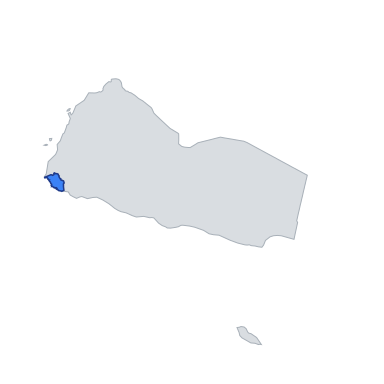 Al Madaribah Wa Al Aarah, Lahij, Yemen (highlighted), rotated 38°
{"feature_id": "15242507B42929104515356", "entity_name": "Al Madaribah Wa Al Aarah", "entity_type": "district", "adm_level": 2, "iso_a3": "YEM", "parent_name": "Yemen", "parent_adm1": "Lahij", "projection": "albers", "projection_center": [43.959, 12.857], "detail": "fine", "context": "in_parent", "style": "filled", "palette": "blue", "viewbox_px": 384, "rotation_deg": 38, "n_neighbors": 0, "source": "geoboundaries", "source_scale": "gbopen_adm2", "svg_char_len": 5187}
<svg xmlns="http://www.w3.org/2000/svg" viewBox="0 0 384 384"><g transform="rotate(38 192 192)"><path d="M301.5,166.5L289.3,171.5L286.1,173.6L283.2,176.2L281.1,179.3L279.7,184.9L281.1,189.8L281.1,192.5L277.9,194.4L275.0,195.7L271.7,197.8L269.7,198.3L268.1,199.9L266.2,201.1L259.4,204.1L251.9,206.5L239.9,209.4L235.3,212.4L231.2,214.4L224.7,215.1L216.0,218.0L211.1,220.3L205.1,223.9L203.8,225.1L202.7,227.7L200.9,229.9L197.3,233.7L194.6,235.6L192.7,235.7L189.2,236.8L184.9,237.1L177.8,235.9L176.0,236.9L174.5,238.3L169.0,240.9L163.5,246.0L159.5,247.4L152.9,249.0L148.2,251.2L145.1,252.0L141.1,252.5L133.7,252.4L126.7,253.2L120.2,254.7L117.2,257.4L113.7,261.6L108.0,263.4L106.7,264.9L104.9,268.1L101.2,268.9L97.9,269.4L94.4,268.1L88.0,271.9L85.6,272.5L81.9,272.6L79.2,273.4L77.3,273.2L75.0,271.7L70.0,269.9L66.3,271.1L66.0,267.5L60.0,256.6L61.3,247.1L61.3,245.8L60.1,241.5L56.5,237.6L56.7,232.7L55.5,229.2L54.5,225.6L54.9,224.6L54.9,223.7L53.1,218.2L52.5,217.0L52.3,215.9L52.9,215.0L52.9,214.0L51.9,212.2L50.9,209.0L46.0,206.4L47.0,204.1L48.0,204.9L49.3,205.6L49.5,204.1L49.5,202.9L47.5,195.7L50.6,186.1L49.6,177.4L54.2,174.0L55.4,172.9L56.1,172.0L57.2,170.0L58.6,169.4L59.2,167.3L59.1,166.3L58.2,165.4L57.5,163.0L57.7,159.9L58.0,158.6L58.5,156.3L60.1,155.4L60.4,154.7L59.2,153.2L59.3,152.4L62.0,149.9L63.1,149.2L64.9,148.4L66.2,148.4L67.8,148.8L69.2,149.5L70.6,150.8L72.1,152.2L74.3,152.8L75.8,152.6L77.0,153.3L78.1,152.9L79.3,152.2L81.2,152.2L82.9,151.4L87.7,151.0L92.4,151.2L97.3,150.5L102.2,150.6L107.1,150.6L108.2,150.7L109.3,151.1L113.4,153.3L116.6,153.7L122.9,154.3L129.6,154.9L135.5,155.4L140.5,154.8L144.6,154.3L145.7,154.4L146.9,155.8L149.5,159.1L151.8,162.3L155.9,162.4L158.6,161.2L161.4,159.4L163.2,158.1L165.2,152.9L166.4,149.5L169.4,145.7L171.9,142.5L175.2,138.3L177.0,135.9L180.6,131.3L184.1,129.5L190.7,125.9L197.3,122.4L201.5,120.1L205.2,119.1L211.3,118.1L218.5,116.9L225.7,115.7L233.3,114.4L241.9,113.0L247.7,112.0L255.1,110.8L261.3,109.7L266.8,108.8L272.5,107.8L273.7,110.3L274.8,112.8L276.0,115.3L277.1,117.8L278.3,120.3L279.4,122.8L280.6,125.3L281.8,127.8L282.9,130.3L284.1,132.8L285.2,135.3L286.4,137.8L287.6,140.3L288.7,142.8L289.9,145.3L291.1,147.8L292.2,150.2L294.0,151.0L295.1,153.3L296.7,156.6L298.3,159.9L299.9,163.2L301.5,166.5ZM322.0,268.0L323.5,268.3L325.8,267.3L332.5,266.9L340.6,269.5L339.1,270.3L338.3,271.3L334.8,272.4L331.3,274.7L321.2,276.2L318.1,275.7L315.6,273.7L310.9,271.1L312.7,269.3L313.0,268.5L313.7,267.7L316.2,266.3L318.8,266.4L322.0,268.0ZM49.1,238.6L48.7,239.1L48.3,239.0L46.8,237.7L48.5,236.1L49.3,237.6L49.1,238.6ZM44.4,204.6L43.6,205.2L43.4,204.2L43.9,202.0L44.7,201.3L45.2,203.0L44.9,203.9L44.4,204.6ZM48.3,245.4L46.6,246.2L47.7,244.2L48.9,243.7L49.2,243.8L48.3,245.4Z" fill="#d9dde1" stroke="#a8b0b8" stroke-width="1"/><path d="M67.1,271.4L67.2,271.5L67.3,271.5L67.6,271.2L67.8,270.9L67.9,270.7L68.1,270.5L68.3,270.3L68.5,270.1L68.8,269.9L69.0,269.8L69.3,269.9L69.4,270.0L69.5,270.0L69.8,270.1L70.0,270.2L70.0,270.3L70.0,270.2L70.3,270.2L70.3,270.3L70.5,270.4L70.8,270.4L71.1,270.4L71.1,270.5L71.3,270.4L71.4,270.5L71.5,270.6L71.8,270.7L72.0,270.8L72.1,270.7L72.1,270.8L72.3,270.8L72.5,270.9L72.8,271.0L73.0,271.2L73.1,271.3L73.2,271.2L73.3,271.2L73.4,271.3L73.6,271.3L73.8,271.3L74.0,271.3L74.2,271.5L74.4,271.5L74.5,271.6L74.8,271.7L74.9,271.8L75.0,271.9L75.1,272.0L75.3,272.1L75.5,272.1L75.8,272.2L76.1,272.2L76.1,272.3L76.3,272.4L76.5,272.4L76.6,272.5L76.8,272.5L77.0,272.8L77.0,273.0L77.0,273.3L77.0,273.5L77.3,273.6L77.5,273.7L77.7,273.8L77.8,273.8L78.0,273.7L78.1,273.8L78.3,273.7L78.3,273.8L78.4,273.7L78.6,273.6L78.8,273.5L79.0,273.6L79.3,273.6L79.5,273.5L79.8,273.5L80.0,273.5L80.3,273.5L80.5,273.4L80.8,273.3L80.8,273.2L81.0,273.2L81.3,273.1L81.5,273.0L81.6,272.9L81.6,273.0L81.7,272.9L81.8,272.9L81.9,272.7L82.0,272.7L82.3,272.5L82.3,272.4L82.5,272.4L82.8,272.3L82.8,272.2L83.0,272.2L83.0,272.3L83.3,272.4L83.5,272.4L83.7,272.6L83.8,272.6L83.8,272.8L83.8,273.0L83.7,273.1L83.4,273.2L83.1,273.1L82.9,273.0L82.7,273.0L82.6,272.8L82.4,272.8L82.4,272.7L82.2,272.7L82.2,272.8L82.3,272.8L82.5,272.9L82.6,273.0L82.8,273.1L83.0,273.1L83.3,273.2L83.5,273.2L83.8,273.2L84.0,273.1L84.2,272.9L84.3,272.9L84.5,272.8L84.8,272.8L85.0,272.8L85.3,273.0L85.5,273.0L85.6,272.9L85.9,272.9L86.0,272.9L86.3,272.9L86.5,272.7L86.8,272.6L87.0,272.5L87.2,272.4L87.3,272.3L87.7,272.1L87.9,272.0L88.0,271.9L88.3,271.8L88.5,271.7L88.8,271.6L89.0,271.6L90.0,269.5L88.8,268.3L87.6,267.1L86.3,265.5L86.0,265.2L85.5,264.3L85.5,264.1L85.7,263.9L85.7,263.6L84.1,262.4L83.6,262.4L83.5,262.5L83.4,262.6L83.2,262.7L82.9,262.6L82.7,262.6L82.2,263.0L81.8,263.0L81.5,263.2L81.3,263.2L81.2,263.1L80.9,262.9L80.8,262.7L80.7,262.6L80.6,262.4L80.4,262.4L80.3,262.5L80.2,262.7L80.1,262.8L79.9,262.7L79.6,262.5L79.1,262.4L78.5,262.2L77.7,261.8L77.5,261.2L77.2,261.2L76.8,261.0L76.5,260.9L76.2,260.9L75.7,260.4L75.1,260.4L74.7,260.6L74.4,260.6L74.2,260.7L74.0,260.9L73.9,261.1L73.6,261.2L73.4,261.3L73.3,261.5L73.0,261.7L72.8,261.7L72.6,261.6L72.0,261.5L71.7,261.8L71.7,262.5L71.8,262.6L72.1,262.7L72.4,263.1L72.4,263.4L72.4,263.8L71.9,264.2L71.9,264.7L70.4,265.1L70.2,265.2L67.0,270.9L67.3,271.1L67.1,271.4Z" fill="#3b82f6" stroke="#1e3a8a" stroke-width="1.5"/></g></svg>